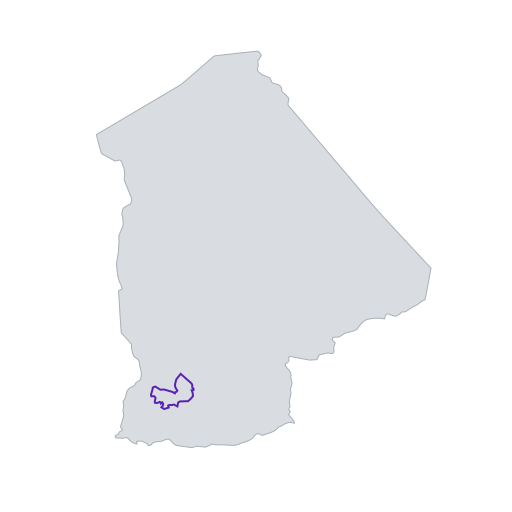 where Biskra sits in Algeria, rotated 188°
{"feature_id": "DZA-2211", "entity_name": "Biskra", "entity_type": "Province", "adm_level": 1, "iso_a3": "DZA", "parent_name": "Algeria", "parent_adm1": "", "projection": "equal_earth", "projection_center": [5.569, 34.431], "detail": "coarse", "context": "in_parent", "style": "outline", "palette": "violet", "viewbox_px": 512, "rotation_deg": 188, "n_neighbors": 0, "source": "natural_earth", "source_scale": "10m", "svg_char_len": 4325}
<svg xmlns="http://www.w3.org/2000/svg" viewBox="0 0 512 512"><g transform="rotate(188 256 256)"><path d="M369.9,56.4L370.3,57.5L370.3,58.6L368.8,59.6L367.8,60.2L366.6,62.9L364.4,64.8L364.1,65.3L364.1,65.8L365.6,66.7L366.1,67.5L366.4,68.5L365.7,72.4L364.8,79.2L364.9,80.7L365.5,82.4L366.1,83.8L366.3,85.4L366.1,89.2L366.8,91.4L367.4,93.5L366.1,96.1L365.6,98.3L365.2,101.6L365.1,103.6L364.3,105.5L363.1,107.3L361.9,108.4L360.3,109.4L358.5,110.6L357.1,114.0L353.9,116.8L353.3,117.8L353.0,120.1L353.1,123.2L353.7,125.7L355.2,129.4L356.6,133.4L357.0,135.5L357.5,136.2L359.4,137.6L362.7,139.4L363.3,140.1L364.9,142.9L366.5,148.0L367.0,151.3L372.9,156.4L378.5,160.9L378.9,161.7L382.1,177.0L383.2,182.5L387.3,202.4L385.7,203.5L383.9,204.9L385.2,207.6L387.9,212.0L389.5,215.6L390.1,217.1L391.4,221.5L392.4,225.8L392.7,227.2L393.1,230.5L392.8,239.6L393.6,251.2L394.7,257.0L393.2,262.3L392.0,267.3L392.1,269.8L392.9,273.7L393.6,276.6L394.6,278.2L394.5,283.1L394.1,284.9L391.2,287.4L387.9,289.8L387.1,291.8L386.8,294.0L387.3,295.9L396.9,312.6L397.2,314.2L397.4,319.0L399.0,324.9L400.8,327.5L401.4,329.5L402.6,330.9L403.8,331.9L404.6,332.0L408.8,330.4L416.0,333.1L422.9,335.8L423.4,336.3L427.5,345.4L431.0,354.0L354.5,415.0L346.0,424.4L326.1,447.4L324.6,448.5L298.2,455.3L284.5,458.7L283.8,458.9L283.1,458.9L282.5,458.9L281.3,458.3L279.9,456.9L279.0,456.2L278.7,455.1L279.3,453.6L280.0,452.3L280.3,451.3L280.7,450.5L281.3,449.9L281.4,449.0L280.9,447.5L280.4,445.5L280.5,441.8L280.5,440.2L279.2,438.8L276.9,437.2L274.7,436.3L273.7,436.0L271.3,435.5L267.9,434.5L266.7,433.8L264.6,430.4L263.5,429.5L258.5,429.0L256.8,428.4L255.5,427.6L254.3,426.5L253.7,424.6L253.5,423.1L253.1,422.4L247.6,418.7L246.2,417.5L245.4,416.3L245.4,414.6L245.6,412.5L245.4,410.6L245.1,409.7L149.6,324.6L144.5,320.2L133.0,310.5L81.0,268.3L82.3,238.3L82.5,236.7L82.8,236.1L84.6,235.0L87.3,232.5L88.4,231.3L89.7,230.2L94.3,226.8L95.3,225.9L99.8,222.0L100.8,221.4L103.1,221.0L104.2,220.3L105.5,218.7L107.5,216.9L108.8,216.1L109.1,215.9L109.9,215.8L113.9,216.3L115.5,216.7L117.5,217.1L118.2,216.9L118.7,216.3L119.5,215.0L119.8,213.6L119.9,212.3L120.0,211.7L120.4,211.5L121.2,211.6L122.4,211.7L124.8,211.7L125.6,211.5L128.3,211.2L132.2,210.4L137.7,208.4L140.4,206.2L142.3,203.8L144.4,200.2L146.1,197.1L149.3,195.2L152.0,194.0L153.5,193.6L157.0,192.0L162.8,187.2L167.5,186.5L168.1,186.1L168.8,185.3L168.9,183.8L168.1,182.8L167.2,182.3L166.5,181.7L165.9,181.6L165.5,180.9L165.8,179.7L165.9,178.5L166.4,177.3L166.3,175.6L165.7,174.0L165.5,172.8L165.6,171.6L166.0,170.7L167.0,170.1L168.1,169.8L169.7,170.1L172.4,169.7L179.5,166.9L180.0,166.0L180.5,164.0L181.1,162.3L181.8,161.7L182.2,161.6L187.9,160.5L189.1,160.4L199.5,160.9L208.4,161.3L209.3,160.9L209.3,159.6L208.8,157.3L209.2,155.8L210.5,154.5L212.1,153.0L211.4,151.1L210.2,149.9L208.4,148.4L207.5,147.8L206.0,146.0L205.0,144.0L204.5,139.7L203.3,137.3L202.5,134.4L203.4,129.0L202.4,125.7L202.2,124.3L202.3,122.6L202.7,119.8L202.6,115.7L201.3,111.6L202.0,110.1L202.3,109.4L202.3,108.8L201.0,107.5L200.5,106.4L200.8,105.4L201.5,103.9L201.5,103.3L199.5,101.5L196.2,98.5L195.3,97.3L194.8,95.7L198.1,96.1L199.8,95.9L203.8,94.0L206.9,91.4L209.4,90.1L211.6,87.2L213.5,85.4L216.3,83.5L224.4,79.4L225.6,79.3L228.2,80.3L230.5,80.0L232.1,78.5L233.9,75.1L236.5,72.9L239.8,70.8L244.3,68.8L247.3,66.9L251.9,65.3L263.5,64.3L269.5,63.4L273.5,63.6L277.6,60.6L279.7,59.7L288.5,59.4L292.7,57.3L308.4,57.3L310.4,58.0L312.2,59.2L315.5,61.9L317.1,62.6L319.2,62.0L324.0,59.3L329.5,58.0L332.4,56.4L333.7,54.1L336.2,53.2L337.7,55.0L343.4,56.8L346.8,56.3L348.4,55.7L347.8,53.1L351.5,53.8L354.3,55.1L357.3,57.6L359.2,58.1L362.7,57.0L369.9,56.4Z" fill="#d9dde1" stroke="#a8b0b8" stroke-width="1"/><path d="M303.0,102.8L311.1,101.4L312.7,100.1L312.9,96.1L316.7,97.5L318.7,96.6L321.0,96.5L322.2,95.6L321.3,93.8L325.7,91.7L328.6,93.0L327.4,94.8L327.3,96.6L328.4,98.1L329.0,97.9L329.7,96.6L330.5,97.9L331.2,98.1L333.0,96.8L335.5,96.5L336.0,97.5L335.7,101.4L337.3,103.0L340.1,102.5L340.7,104.1L339.9,109.2L339.9,111.4L337.6,112.7L332.0,110.3L328.5,111.0L320.0,109.8L317.3,108.7L317.1,109.8L315.7,110.6L315.2,111.8L317.1,114.0L318.1,115.9L318.3,118.3L317.7,122.9L314.2,128.8L302.5,121.1L301.3,119.8L300.7,116.6L299.3,115.8L299.3,114.5L301.0,114.1L299.6,111.4L298.9,108.5L300.4,106.0L303.0,102.8Z" fill="none" stroke="#5b21b6" stroke-width="2"/></g></svg>